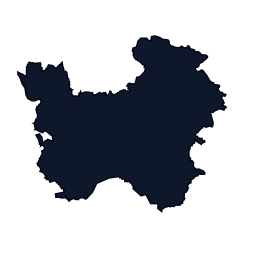 Tepatitlán de Morelos, Jalisco, Mexico (Natural Earth projection), rotated 82°
{"feature_id": "50627088B2236724736063", "entity_name": "Tepatitlán de Morelos", "entity_type": "district", "adm_level": 2, "iso_a3": "MEX", "parent_name": "Mexico", "parent_adm1": "Jalisco", "projection": "natural_earth1", "projection_center": [-102.733, 20.817], "detail": "fine", "context": "isolated", "style": "filled", "palette": "ink", "viewbox_px": 256, "rotation_deg": 82, "n_neighbors": 0, "source": "geoboundaries", "source_scale": "gbopen_adm2", "svg_char_len": 5748}
<svg xmlns="http://www.w3.org/2000/svg" viewBox="0 0 256 256"><g transform="rotate(82 128 128)"><path d="M54.5,197.4L54.5,197.9L57.8,200.2L58.0,201.1L59.3,201.3L59.6,205.8L56.7,204.6L56.1,205.9L51.4,205.6L50.9,212.7L50.1,213.1L50.2,214.6L49.3,215.9L49.3,217.1L50.6,216.9L50.9,218.6L52.5,218.7L53.2,219.9L62.5,221.3L61.8,222.4L61.8,223.5L60.0,225.0L59.8,226.4L59.4,226.4L57.3,229.3L60.0,229.5L61.1,228.4L61.8,228.6L65.4,227.0L65.7,227.4L69.6,226.6L74.1,224.4L81.3,224.4L85.0,222.9L87.7,219.3L88.1,216.4L87.1,213.0L87.4,210.6L88.5,210.8L88.9,209.7L89.5,209.5L90.2,209.8L89.8,210.4L91.5,211.2L92.5,212.9L93.9,213.8L94.0,215.0L95.7,215.8L96.3,215.6L96.6,216.4L97.7,215.8L98.0,216.4L100.7,216.0L101.2,215.3L101.8,215.7L102.4,215.3L102.8,216.0L104.7,215.8L106.7,218.1L110.0,219.7L110.2,221.0L111.0,219.8L112.5,220.1L115.5,219.9L115.7,219.3L116.6,220.3L116.6,219.4L119.2,216.0L120.7,213.3L119.7,211.8L119.4,209.7L126.1,203.6L126.3,204.0L128.3,204.1L130.0,203.6L129.9,205.7L128.1,209.0L128.3,209.7L129.8,210.8L129.1,211.8L130.8,212.9L130.7,213.5L129.5,214.9L128.2,214.3L126.8,214.8L125.0,214.5L124.3,215.6L123.1,215.6L121.6,216.6L122.2,220.1L127.5,218.0L131.8,217.8L132.0,216.1L132.9,216.1L132.8,216.8L133.6,217.0L133.3,216.5L133.4,214.3L136.4,213.1L138.3,215.0L138.9,216.7L141.0,216.3L144.9,218.7L146.1,220.0L147.3,219.7L148.1,220.9L149.1,221.3L150.6,222.9L151.4,222.3L152.4,222.6L153.6,221.1L156.1,220.2L157.7,220.4L158.8,221.2L159.6,219.2L161.4,217.4L164.3,216.2L165.8,217.3L166.3,215.5L167.6,215.9L167.9,213.3L170.6,213.0L170.8,212.2L170.3,211.0L170.1,208.4L169.6,207.9L170.3,207.0L172.1,206.4L173.1,204.5L174.2,204.7L174.3,203.6L175.2,203.5L175.5,202.7L176.5,203.1L178.9,202.0L178.8,200.5L181.6,200.3L182.0,199.7L182.6,199.8L183.2,209.0L186.6,209.1L187.0,204.8L187.7,204.7L188.0,203.4L188.2,201.0L187.7,200.2L188.1,199.8L187.7,199.6L189.0,199.0L188.8,198.4L189.1,198.0L190.4,197.9L190.5,197.2L192.0,196.8L192.1,196.0L190.7,194.8L190.9,194.0L190.1,191.7L191.5,189.7L191.9,186.9L189.9,187.2L190.7,186.1L190.5,182.7L192.1,180.5L192.4,179.3L186.6,172.1L178.5,166.8L174.8,153.7L174.8,143.6L175.4,142.9L176.2,143.0L176.4,140.8L177.8,141.0L178.0,138.2L180.5,138.7L180.8,135.8L181.1,135.8L180.5,134.4L182.6,133.6L182.9,131.7L184.9,132.0L185.0,131.1L185.9,131.2L186.0,130.3L187.9,130.5L187.8,131.2L188.8,131.3L197.0,124.4L196.3,120.1L197.6,119.0L206.0,116.1L207.1,108.8L211.9,109.6L215.4,106.3L214.0,106.0L212.7,104.8L211.3,101.3L211.5,99.9L210.8,99.2L211.9,97.2L211.3,96.0L212.1,93.7L210.8,91.0L211.5,89.4L211.4,87.0L209.3,85.1L209.9,84.5L207.3,83.6L206.8,82.2L206.2,82.3L205.5,81.6L204.6,82.2L201.0,81.4L200.0,81.9L199.6,79.4L199.0,79.3L198.6,78.4L196.9,77.2L196.2,77.5L195.7,76.6L194.9,77.3L193.9,76.8L193.2,77.3L192.1,76.1L192.8,76.1L191.6,75.8L191.1,73.4L187.6,72.6L187.5,70.6L185.3,68.2L184.8,66.3L185.1,65.6L184.2,65.0L183.2,63.4L183.9,62.6L184.4,58.7L182.9,58.2L181.1,59.4L178.6,63.4L178.7,64.1L177.9,64.3L178.5,64.4L178.7,66.3L177.4,66.7L177.4,67.8L174.4,68.7L171.7,67.9L169.6,68.9L168.7,70.6L166.6,70.4L164.9,71.6L159.5,71.0L156.7,69.3L154.2,69.3L154.5,67.1L152.5,66.1L152.2,64.4L149.4,63.6L154.4,57.7L153.4,56.9L152.4,53.8L151.1,54.0L151.1,56.1L148.6,56.2L148.9,57.6L148.1,58.2L147.9,59.3L147.0,59.9L146.7,60.8L145.9,60.5L145.6,62.1L144.8,62.8L142.7,61.1L141.9,59.1L141.2,58.8L138.0,54.7L138.1,54.0L136.8,53.9L136.8,52.0L138.2,50.9L137.4,49.6L137.8,49.4L137.3,46.2L138.3,45.6L138.4,44.1L134.7,43.0L123.1,44.4L124.4,41.8L122.8,39.1L122.5,37.1L121.7,37.0L122.0,36.3L121.5,34.8L122.0,34.4L122.0,33.2L122.5,33.0L122.3,32.3L123.6,30.5L122.0,29.5L121.3,27.9L120.0,28.8L118.7,31.5L116.6,29.4L113.8,30.1L111.2,31.5L109.2,29.5L110.0,27.6L108.6,26.5L107.5,28.6L107.7,29.7L106.0,29.5L105.3,32.1L104.2,32.3L102.7,34.0L102.1,33.1L100.2,33.3L100.2,31.9L98.8,31.5L98.3,32.0L96.8,37.1L95.0,37.1L94.7,38.3L93.2,40.2L86.9,42.8L81.6,45.8L80.8,47.4L81.6,48.6L82.0,51.3L81.1,52.2L78.6,53.2L77.3,52.6L77.5,51.0L76.6,49.4L74.1,48.3L72.8,44.5L71.7,43.7L71.0,41.8L69.2,39.6L68.0,39.3L66.5,41.0L66.3,42.9L65.5,45.2L63.0,46.8L62.1,48.3L62.2,50.5L59.7,51.6L58.3,55.3L55.9,55.9L55.0,56.8L55.2,57.7L56.6,58.5L56.5,61.4L54.5,63.3L54.6,64.1L55.5,65.2L55.6,66.5L55.0,69.3L52.4,74.1L50.7,75.5L48.0,75.3L46.7,75.8L46.0,77.2L45.1,80.9L43.9,82.9L43.2,83.3L41.0,87.5L40.6,88.9L40.8,92.0L43.9,93.0L44.7,94.1L44.5,94.9L43.6,95.9L41.7,97.0L40.9,102.9L43.4,106.0L48.2,108.0L49.4,109.8L49.5,111.8L52.2,112.9L54.4,111.9L56.6,112.7L57.4,112.2L58.1,112.4L61.3,110.7L61.3,110.1L62.9,108.7L63.4,107.6L67.4,104.5L67.8,102.5L70.0,103.6L71.7,102.3L74.5,103.9L74.9,103.6L75.9,105.7L77.5,107.2L79.0,109.7L79.0,112.3L85.3,114.8L84.7,118.7L83.8,120.5L84.7,122.2L86.4,123.3L86.8,122.1L88.0,121.9L87.8,122.2L89.2,122.5L90.4,120.7L91.4,121.2L91.7,122.4L91.2,123.0L91.6,123.6L90.7,125.2L89.9,125.5L90.2,126.5L89.5,127.1L90.1,128.0L90.1,129.5L91.4,129.6L90.6,131.0L91.7,131.8L91.5,133.4L92.7,134.2L92.5,134.6L93.2,137.1L92.6,138.2L93.3,138.8L92.5,139.3L92.0,138.9L91.1,139.9L89.5,139.8L89.0,140.6L91.6,142.0L93.4,144.8L91.1,144.9L91.5,145.8L89.8,145.6L89.8,147.8L90.2,147.7L90.5,149.1L88.9,151.2L90.6,155.3L90.3,158.3L88.0,158.2L88.0,160.0L87.1,161.7L86.6,164.3L86.6,166.8L87.4,167.9L86.8,169.4L85.4,169.9L86.2,170.2L86.8,171.7L88.6,172.0L89.0,172.5L89.7,172.0L89.4,173.5L89.9,174.4L88.9,175.3L89.3,176.3L88.6,177.1L88.8,178.0L86.1,179.1L82.8,178.4L82.5,177.9L82.1,179.6L81.4,179.8L81.2,179.2L80.0,180.3L77.6,180.2L76.9,179.7L75.8,180.2L74.0,179.4L73.0,180.2L70.8,180.0L69.7,181.3L67.7,180.6L67.3,181.1L64.9,180.8L63.2,181.8L63.4,183.2L62.7,183.7L60.9,183.3L59.5,184.1L58.8,183.6L58.1,184.1L53.8,184.1L54.9,185.5L55.6,185.6L55.8,187.1L56.7,187.1L56.7,188.3L58.2,189.6L58.5,192.0L58.2,192.6L57.2,192.6L56.2,193.4L55.1,195.3L55.4,196.3L54.5,197.4Z" fill="#0f172a" stroke="#020617" stroke-width="1.5"/></g></svg>